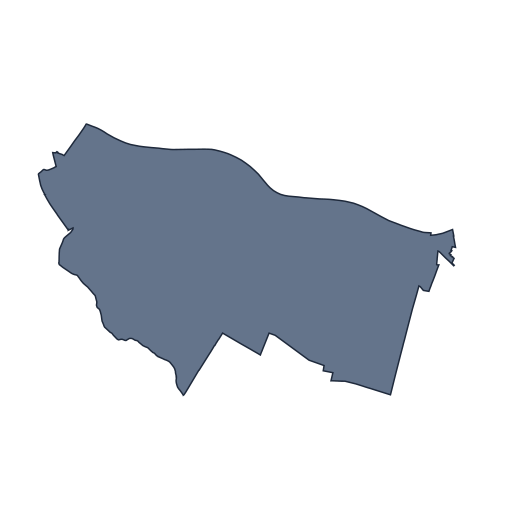 Rhenen, Utrecht, Netherlands (orthographic projection), rotated 169°
{"feature_id": "6326949B30016596145373", "entity_name": "Rhenen", "entity_type": "district", "adm_level": 2, "iso_a3": "NLD", "parent_name": "Netherlands", "parent_adm1": "Utrecht", "projection": "orthographic", "projection_center": [5.564, 51.981], "detail": "fine", "context": "isolated", "style": "filled", "palette": "slate", "viewbox_px": 512, "rotation_deg": 169, "n_neighbors": 0, "source": "geoboundaries", "source_scale": "gbopen_adm2", "svg_char_len": 5898}
<svg xmlns="http://www.w3.org/2000/svg" viewBox="0 0 512 512"><g transform="rotate(169 256 256)"><path d="M345.0,384.5L349.5,386.0L353.0,387.4L357.9,389.4L362.5,391.9L367.0,394.9L372.9,399.2L374.9,400.9L378.8,404.2L381.4,406.8L384.1,409.2L387.0,411.5L389.9,413.4L391.8,414.5L397.0,417.8L397.5,417.9L399.1,416.1L400.8,414.3L405.5,409.7L407.5,407.8L411.3,404.4L413.0,402.8L416.6,399.3L425.2,391.2L426.3,392.1L427.1,392.8L428.3,393.4L431.1,395.1L430.7,395.6L431.5,396.4L433.0,395.5L434.5,395.9L435.8,396.3L435.8,393.8L435.1,381.9L435.8,381.8L436.2,381.7L437.4,381.2L437.9,381.1L438.7,380.9L441.1,380.4L443.4,380.0L443.8,380.0L444.3,380.0L445.6,380.2L447.1,381.2L447.5,381.3L447.8,381.4L448.0,381.4L448.4,381.3L451.1,379.6L452.9,378.7L453.6,378.3L453.8,378.1L454.0,377.8L454.0,377.7L454.0,377.3L454.0,375.4L454.0,373.5L454.0,371.4L453.9,368.7L453.9,367.0L453.7,365.3L453.6,365.0L453.5,364.2L453.3,363.0L452.8,360.9L452.5,359.9L452.3,359.0L452.1,358.5L451.6,356.9L451.8,356.8L451.7,356.7L451.8,356.7L450.3,351.9L449.4,349.4L448.5,346.8L447.8,345.1L446.5,342.1L443.3,334.9L443.0,334.0L435.6,317.9L435.3,318.0L435.3,317.9L435.0,317.8L435.3,317.1L430.2,318.5L430.2,318.4L430.4,317.8L430.6,317.4L430.7,317.1L431.0,316.8L433.4,314.5L433.7,314.3L438.9,311.4L440.4,310.5L440.8,310.2L441.0,310.0L441.5,309.5L441.7,309.3L442.8,307.3L443.6,306.0L447.4,300.5L447.5,300.3L447.7,299.7L448.2,297.8L448.6,296.4L448.7,295.8L449.4,292.8L450.0,289.9L450.2,289.1L450.5,287.7L450.9,286.9L450.9,286.6L450.9,286.3L450.9,285.7L450.6,285.3L450.6,285.2L450.6,284.9L450.3,284.6L449.9,284.2L447.7,281.6L445.6,279.5L442.9,276.8L440.6,274.4L439.6,273.6L439.2,273.3L438.7,273.0L438.1,272.6L437.5,272.3L436.3,271.8L435.7,271.5L435.4,271.3L435.2,271.1L435.0,270.8L434.8,270.5L434.3,269.3L433.9,268.6L433.0,266.5L432.1,264.6L431.3,263.2L430.8,262.3L430.3,261.6L428.5,259.3L427.0,257.5L426.9,257.2L424.4,252.9L423.1,250.5L422.1,248.9L421.5,248.0L421.5,247.8L421.4,247.7L421.2,244.1L421.0,241.5L421.1,241.2L421.2,240.4L421.4,239.9L421.5,239.6L421.6,239.3L421.9,238.5L422.0,238.2L421.9,237.3L421.7,235.8L421.4,235.4L421.1,235.1L420.9,234.8L420.0,233.7L419.8,233.4L419.6,232.2L419.4,231.0L419.4,230.4L419.2,227.6L419.2,227.0L419.4,224.0L419.5,221.8L419.5,221.4L419.0,219.1L418.8,218.1L418.6,216.7L418.5,216.1L418.4,215.8L418.2,215.1L416.8,213.2L413.9,209.2L413.7,208.9L412.4,207.9L412.1,207.5L411.6,206.5L411.4,206.1L411.1,205.4L410.5,204.5L408.7,201.7L408.0,200.7L406.9,199.9L404.5,200.0L403.8,199.9L403.4,199.8L403.1,199.7L402.1,199.1L400.8,198.2L400.3,198.0L399.4,197.9L398.2,198.5L397.5,198.7L396.2,199.2L395.0,199.1L393.5,198.7L392.3,197.8L390.9,196.5L390.5,196.3L389.7,195.9L389.3,195.8L389.0,195.7L388.3,195.1L387.8,194.4L387.4,193.6L386.2,192.2L384.2,189.7L382.1,188.1L380.3,187.0L380.1,186.9L379.8,186.6L379.5,186.3L378.0,184.1L377.3,183.1L377.2,182.9L377.0,182.7L375.9,181.3L375.8,181.1L374.3,180.0L374.1,179.8L373.8,179.3L373.6,178.8L372.7,177.4L372.6,177.2L370.9,175.7L369.9,175.0L370.0,175.0L367.2,173.1L365.5,171.8L364.8,171.4L364.1,171.0L363.2,170.4L361.7,169.2L361.1,168.5L360.4,167.7L360.4,167.3L360.3,167.2L360.2,167.1L359.6,165.9L359.0,164.8L357.8,162.3L357.6,161.5L357.3,160.6L357.3,160.1L357.2,159.0L357.1,157.8L357.3,156.9L357.3,156.4L357.3,155.9L357.2,154.3L357.4,152.5L357.2,152.6L357.3,151.9L357.4,151.6L357.5,151.2L357.6,150.8L358.1,149.4L358.2,148.9L358.3,148.3L358.4,147.3L358.4,146.7L358.4,145.9L358.3,145.1L358.2,143.7L358.0,142.6L358.0,142.3L357.3,140.5L356.1,138.3L354.9,135.7L353.9,133.3L353.9,133.2L353.2,133.5L351.1,135.6L348.1,138.9L334.0,154.7L333.7,154.7L323.3,165.8L320.3,169.0L319.2,170.1L317.4,172.1L317.0,172.5L313.9,176.0L313.5,176.0L312.3,177.4L311.5,178.4L311.1,178.7L309.2,180.8L308.7,181.1L303.5,186.7L287.9,173.0L278.8,165.2L277.7,164.2L272.6,159.8L270.6,158.0L269.9,159.2L269.0,160.6L267.9,162.2L267.7,162.6L257.9,177.8L252.3,174.5L223.8,143.6L210.1,135.5L211.9,130.5L202.8,126.8L205.6,120.5L206.2,119.2L203.8,118.7L196.3,116.9L192.5,116.1L191.0,115.4L182.4,111.4L176.5,108.2L173.1,106.3L170.5,104.9L170.4,104.9L150.5,94.1L148.8,97.7L143.7,108.7L141.4,113.6L135.1,126.9L132.7,132.0L129.0,139.7L128.2,141.5L126.1,145.7L123.8,150.6L120.9,156.7L112.6,174.1L106.0,187.0L101.8,195.5L101.4,195.1L100.7,194.7L100.5,194.4L98.9,191.4L98.3,190.3L96.5,189.6L93.0,188.3L91.7,190.6L90.1,193.1L88.7,195.5L87.1,197.9L84.2,202.5L81.9,206.4L79.9,209.7L78.2,212.4L80.3,212.8L80.1,212.8L80.3,213.0L80.2,213.5L80.0,214.3L79.2,216.9L79.1,217.3L78.9,217.8L78.8,218.4L77.6,222.4L76.8,225.1L76.5,225.8L76.4,226.1L75.3,225.3L74.3,223.9L70.2,217.8L67.4,214.0L67.2,213.7L63.8,208.7L63.2,209.1L64.2,210.6L65.0,211.8L64.4,212.6L63.0,214.5L62.0,215.9L63.3,217.3L63.6,217.6L63.3,217.9L65.1,219.3L64.4,220.1L65.9,221.4L65.7,221.9L65.2,222.1L64.4,222.7L63.7,222.9L62.8,223.8L63.5,224.2L62.0,226.9L61.6,227.7L58.5,226.4L58.5,228.9L58.4,232.8L58.4,237.9L58.0,237.9L58.0,238.5L58.0,240.2L58.0,244.5L61.3,243.9L63.6,243.5L67.1,242.9L68.1,242.7L68.4,242.7L70.4,242.6L72.4,242.6L74.8,242.5L76.3,242.6L77.5,242.7L79.5,242.9L80.6,243.0L79.8,245.3L80.8,245.6L85.9,246.9L87.1,247.3L87.7,247.5L90.3,248.9L95.6,251.5L99.6,253.7L102.8,255.6L105.5,257.2L107.4,258.3L119.0,265.5L125.5,270.7L134.0,277.8L138.3,281.4L142.1,284.2L146.1,286.8L150.1,289.2L157.7,292.6L159.0,293.1L161.9,294.1L163.3,294.6L167.8,296.0L169.0,296.4L173.1,297.6L178.0,298.8L182.7,299.9L195.6,303.5L197.6,304.0L200.3,304.9L202.7,305.7L212.5,308.5L216.3,309.9L220.1,311.8L223.4,314.2L226.4,316.9L229.2,320.3L231.3,323.5L231.6,324.1L233.1,326.8L234.5,329.3L238.0,335.8L241.2,340.4L242.5,342.1L244.6,344.9L248.2,348.9L252.1,352.9L256.6,356.6L261.0,359.8L261.7,360.3L264.3,362.0L267.7,363.9L271.4,365.8L273.8,366.9L276.2,368.0L279.1,369.1L282.0,369.8L286.6,370.8L295.6,372.4L299.8,373.2L302.9,373.8L306.9,374.5L317.0,376.3L319.5,376.9L327.3,379.2L330.9,380.4L333.4,381.1L334.8,381.5L337.7,382.3L345.0,384.5Z" fill="#64748b" stroke="#1e293b" stroke-width="1.5"/></g></svg>